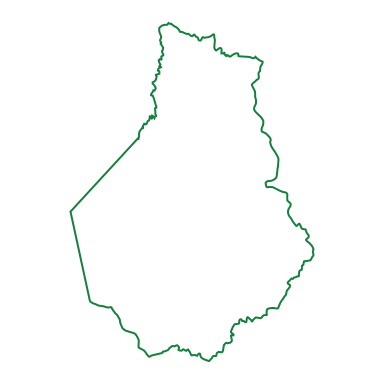 Vallecillo, Francisco Morazán, Honduras (Equal Earth projection)
{"feature_id": "27666195B71251784838701", "entity_name": "Vallecillo", "entity_type": "district", "adm_level": 2, "iso_a3": "HND", "parent_name": "Honduras", "parent_adm1": "Francisco Morazán", "projection": "equal_earth", "projection_center": [-87.364, 14.533], "detail": "fine", "context": "isolated", "style": "outline", "palette": "green", "viewbox_px": 384, "rotation_deg": 0, "n_neighbors": 0, "source": "geoboundaries", "source_scale": "gbopen_adm2", "svg_char_len": 5952}
<svg xmlns="http://www.w3.org/2000/svg" viewBox="0 0 384 384"><path d="M162.5,352.7L162.7,352.0L162.9,351.7L165.6,351.1L167.8,350.1L168.7,349.2L169.4,348.1L171.9,346.2L172.7,346.0L174.7,346.3L176.5,345.3L176.8,345.3L177.8,345.6L178.9,347.0L179.0,347.7L178.5,349.6L178.5,350.0L178.9,350.3L181.4,350.7L182.9,349.5L183.4,349.3L184.1,349.6L184.9,350.3L186.2,350.8L187.5,349.7L188.1,349.5L188.4,349.9L188.6,350.7L189.1,351.0L190.1,352.6L191.1,354.9L191.6,355.3L194.9,355.0L197.1,355.8L198.5,353.9L199.1,353.6L199.7,353.6L200.1,354.0L200.3,355.2L200.8,356.9L201.7,357.9L203.7,359.2L208.7,361.0L209.3,360.9L212.0,357.9L212.5,356.7L213.0,356.2L213.7,355.9L215.7,356.0L216.3,355.8L216.7,353.4L217.2,352.7L218.8,351.9L221.2,352.3L221.9,352.2L222.4,351.9L222.8,351.2L223.1,350.1L223.9,345.1L225.7,343.1L226.3,342.8L227.1,343.2L227.7,343.2L230.1,342.7L231.6,341.5L231.8,340.8L231.8,339.5L231.1,336.7L231.0,335.7L231.6,335.2L233.4,335.4L233.6,334.8L233.2,334.0L232.0,333.3L231.2,332.6L231.0,332.0L231.1,331.1L232.8,327.1L234.5,324.3L238.2,323.8L239.1,323.4L239.3,320.6L239.7,319.7L240.4,319.3L241.2,319.3L241.6,319.7L241.9,320.5L242.2,321.0L243.7,321.0L245.1,322.1L245.9,322.2L246.2,321.9L246.5,321.1L246.9,318.0L247.4,317.4L247.8,317.2L248.4,317.6L249.8,319.1L251.1,320.0L251.8,321.3L252.1,321.4L252.6,321.0L253.1,319.9L255.5,317.6L256.3,317.5L259.3,318.0L260.8,318.1L261.4,317.8L262.9,315.9L263.8,315.2L264.4,315.1L265.3,315.2L266.6,315.0L266.9,314.5L266.5,313.4L266.8,310.4L267.1,309.4L267.6,308.9L269.5,308.3L272.1,308.0L273.9,308.0L276.3,308.5L277.4,308.4L278.1,308.1L280.3,302.8L281.9,300.2L282.9,299.1L284.5,296.3L285.4,295.6L286.0,294.7L286.5,292.0L286.9,290.7L289.8,287.0L290.0,285.2L287.9,283.5L287.7,282.8L288.0,282.1L288.7,281.3L289.7,280.6L290.2,279.8L291.6,278.5L292.7,278.9L294.1,277.5L295.7,277.3L297.2,276.4L298.8,276.2L299.1,272.6L299.4,271.2L299.9,270.5L301.3,269.9L301.8,269.5L302.0,265.9L302.2,265.5L303.3,264.9L304.0,261.4L304.5,261.2L305.7,261.2L310.3,260.3L310.9,259.6L312.2,257.0L313.3,255.7L313.5,255.1L312.8,251.2L313.5,249.3L312.7,247.2L311.5,245.3L310.3,244.0L308.8,242.5L306.8,241.1L306.1,240.1L306.1,239.5L308.5,237.3L308.8,236.2L308.6,235.3L306.8,233.0L305.5,229.4L303.0,229.1L301.8,228.5L301.0,227.2L300.5,225.5L299.4,223.8L298.4,224.1L297.1,225.7L296.6,225.9L296.0,225.7L292.7,221.4L291.0,218.3L289.5,216.5L288.5,214.6L288.0,212.5L288.1,210.5L288.6,209.0L290.4,206.1L290.7,204.3L290.4,203.3L288.0,201.2L287.3,200.3L287.2,196.1L287.4,194.6L287.0,193.5L286.4,192.9L285.6,192.5L282.7,191.9L280.2,190.9L272.9,187.2L270.1,187.0L267.0,187.2L266.4,186.6L266.0,185.4L265.6,183.0L265.8,182.4L266.2,182.0L268.1,181.0L271.3,180.8L272.6,180.3L274.7,179.1L275.9,178.0L276.4,177.2L276.8,175.6L277.0,173.1L277.3,172.0L277.4,169.7L278.0,166.2L278.5,159.4L278.1,157.7L277.2,155.7L274.4,151.0L273.2,149.4L271.2,146.1L270.2,142.6L270.2,141.6L270.6,140.6L270.7,139.8L270.5,138.8L270.1,137.9L268.5,136.0L265.6,133.2L262.4,131.9L261.8,131.4L261.6,130.2L261.5,128.9L263.1,124.8L263.4,121.8L263.2,120.5L261.2,117.4L256.0,112.3L254.7,110.7L254.1,109.4L254.1,108.4L254.3,107.1L255.5,104.6L256.0,103.1L256.0,100.5L255.8,99.0L255.2,97.3L255.1,92.7L255.0,91.6L254.2,89.7L252.5,86.6L252.0,85.2L251.9,84.5L252.9,83.2L254.5,82.0L256.7,79.9L258.1,79.1L258.7,78.3L258.9,77.0L258.5,74.5L258.6,72.9L258.9,72.2L260.0,71.1L260.4,66.8L262.2,63.9L262.6,62.6L262.6,61.7L259.4,60.2L256.6,58.1L255.4,56.8L254.6,57.8L253.1,58.2L252.1,58.0L250.4,57.2L248.6,56.9L239.3,56.3L238.4,55.9L238.3,54.0L237.9,53.5L237.3,53.4L235.7,53.4L234.5,53.8L232.2,55.1L230.4,56.6L228.9,56.3L228.6,55.6L227.3,55.1L226.6,55.2L226.6,55.9L226.1,56.0L224.5,54.4L224.7,53.4L224.4,52.8L222.8,53.4L221.4,53.4L221.4,52.6L221.6,51.1L221.6,49.9L221.3,48.7L220.8,48.1L220.1,48.0L219.0,48.4L216.3,50.4L215.6,50.2L214.9,49.3L214.5,48.2L214.3,47.1L214.9,40.0L214.3,37.4L214.2,35.0L213.9,34.4L213.3,34.4L210.6,36.3L208.4,37.1L204.3,37.8L203.3,37.2L202.8,37.2L202.3,37.6L201.4,39.4L200.6,40.5L199.1,40.4L198.6,39.9L197.8,37.6L195.9,36.6L194.4,34.6L194.1,34.6L193.6,34.9L192.6,36.0L191.7,36.1L190.7,35.7L188.6,33.9L187.0,33.9L185.7,33.6L182.0,31.9L180.1,31.9L179.7,31.5L179.1,29.9L176.9,27.6L173.6,25.8L171.1,23.7L170.2,23.9L168.5,23.0L167.3,24.7L164.3,24.9L162.2,25.5L160.4,26.8L159.2,28.2L159.3,31.7L161.1,36.4L160.9,38.5L160.2,39.7L160.1,40.7L161.3,42.9L161.1,43.4L160.7,43.5L160.7,44.0L161.5,44.9L163.2,47.8L162.7,50.1L162.1,50.8L162.0,51.6L162.2,52.5L163.3,54.4L163.4,54.9L163.2,55.3L162.3,56.0L161.6,56.2L161.3,56.6L161.2,57.1L161.6,58.4L161.5,59.3L161.3,59.6L161.0,59.6L159.8,59.2L158.7,60.3L159.4,62.8L160.4,64.5L160.2,65.0L159.4,66.0L159.3,66.4L159.5,66.6L160.7,66.8L161.0,67.2L159.3,68.0L158.5,68.6L157.9,70.4L158.0,70.7L159.0,71.0L159.3,71.3L159.4,73.7L155.9,74.8L155.9,75.4L156.5,76.1L156.7,76.6L156.1,78.5L156.0,79.5L154.5,81.4L152.6,82.4L152.6,83.1L152.8,83.8L154.5,85.5L155.7,88.0L155.7,88.5L154.7,90.5L154.3,90.6L153.4,90.3L152.7,92.0L151.4,93.7L150.9,94.9L151.1,95.3L152.6,95.7L153.0,96.1L153.8,98.4L156.3,106.8L156.4,107.4L156.3,107.7L155.1,108.2L155.0,108.4L155.3,111.1L155.4,114.4L156.1,115.4L156.1,116.1L154.9,116.7L154.4,118.1L153.5,116.6L152.4,115.7L152.1,115.6L152.2,118.0L152.0,118.5L151.7,118.6L151.2,118.4L150.0,116.3L149.8,116.3L149.6,118.3L149.0,120.5L147.8,121.0L146.7,123.5L146.3,124.1L145.6,124.3L144.5,123.7L144.2,123.7L143.5,125.3L142.7,126.4L143.2,127.6L143.1,128.1L142.9,128.2L142.0,128.2L139.7,131.2L139.1,133.0L139.0,136.6L138.4,139.0L138.0,139.0L137.7,138.6L70.5,211.6L89.6,299.6L89.9,300.7L90.5,301.8L92.6,303.1L95.6,304.2L98.6,305.6L102.7,306.1L107.6,307.5L109.7,307.4L110.8,307.1L111.3,307.3L112.9,310.1L115.3,313.3L117.1,314.9L119.6,319.2L119.9,320.0L120.0,321.6L120.3,322.9L121.6,326.3L122.5,328.2L123.8,329.4L125.8,330.7L134.0,333.2L135.6,334.2L137.4,337.1L138.7,340.2L138.8,341.7L138.5,345.9L138.7,347.6L143.9,350.4L145.4,352.1L146.6,354.1L148.9,356.6L149.7,356.7L150.8,355.9L152.4,355.3L161.4,353.2L162.5,352.7Z" fill="none" stroke="#15803d" stroke-width="2"/></svg>